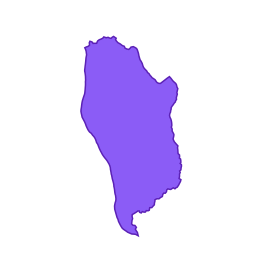 Tupirama, Tocantins, Brazil, rotated 143°
{"feature_id": "56859067B25409387280725", "entity_name": "Tupirama", "entity_type": "district", "adm_level": 2, "iso_a3": "BRA", "parent_name": "Brazil", "parent_adm1": "Tocantins", "projection": "orthographic", "projection_center": [-48.257, -8.94], "detail": "fine", "context": "isolated", "style": "filled", "palette": "violet", "viewbox_px": 256, "rotation_deg": 143, "n_neighbors": 0, "source": "geoboundaries", "source_scale": "gbopen_adm2", "svg_char_len": 3446}
<svg xmlns="http://www.w3.org/2000/svg" viewBox="0 0 256 256"><g transform="rotate(143 128 128)"><path d="M185.7,73.8L187.5,71.1L190.6,63.1L191.0,61.0L191.8,59.1L192.5,55.3L192.8,53.1L192.9,51.2L192.4,49.3L191.5,46.7L191.0,45.0L188.8,41.1L187.4,39.9L186.0,38.6L184.7,35.8L183.9,37.7L183.3,39.0L183.3,40.7L183.0,42.8L181.1,43.6L181.1,46.0L182.6,47.4L182.8,49.3L181.3,50.8L180.4,51.8L178.9,52.8L177.9,55.0L176.7,56.3L175.0,56.1L173.2,55.9L171.7,55.8L170.1,55.8L169.0,55.0L169.5,53.7L168.6,52.2L166.9,52.6L165.8,51.1L164.6,50.4L163.1,51.0L161.8,49.8L160.5,49.5L158.6,51.3L156.9,50.1L155.1,50.5L153.2,50.8L152.0,52.2L150.8,53.1L149.6,54.5L147.5,54.1L145.9,52.8L143.9,52.9L141.8,52.6L140.1,54.1L138.5,54.4L137.5,53.5L135.7,53.9L134.2,55.3L132.8,55.4L131.9,54.2L130.8,53.2L129.2,53.1L127.8,52.9L127.1,51.2L125.8,51.4L124.3,51.1L122.0,51.9L120.0,52.9L118.3,53.7L116.8,54.9L117.6,56.9L115.9,58.4L114.5,60.3L113.1,61.0L112.7,62.6L111.0,62.7L109.5,64.3L108.2,65.4L107.4,66.6L107.7,68.3L106.5,68.7L105.5,70.1L104.7,71.6L105.1,73.0L103.9,74.2L103.1,75.5L103.4,77.4L102.5,78.9L101.4,80.5L100.3,82.5L98.9,83.7L99.1,85.8L99.2,87.4L99.3,89.0L99.0,90.6L98.6,92.1L97.4,93.1L96.1,94.2L95.2,95.3L94.9,96.8L94.6,98.9L93.3,100.7L92.9,102.6L91.7,103.4L90.8,104.6L89.8,106.2L88.9,108.0L88.3,109.8L88.1,111.2L87.3,113.0L86.0,114.3L84.6,115.0L83.3,116.3L82.2,117.1L81.2,118.3L79.4,119.0L77.8,119.4L76.3,120.0L74.5,120.3L73.5,121.2L72.2,121.5L71.1,123.2L69.5,124.4L68.2,125.4L67.8,126.7L66.3,128.0L64.5,129.5L64.3,131.0L63.8,132.2L63.2,133.6L63.1,135.0L63.5,136.9L63.8,138.8L63.8,140.2L63.8,141.8L64.0,144.1L66.7,144.2L72.3,144.1L75.3,144.1L76.5,145.1L77.4,146.7L77.5,148.2L77.3,150.1L77.9,152.1L78.5,153.6L78.5,155.3L78.7,156.7L78.5,158.7L79.0,160.6L78.7,162.2L78.9,163.8L79.1,165.3L79.1,167.0L78.6,168.9L77.8,171.0L77.4,173.4L77.3,175.3L76.7,176.9L75.8,179.2L74.7,181.4L74.0,183.4L73.5,184.9L73.3,186.4L74.0,188.2L74.8,189.8L76.9,190.8L78.4,190.4L80.1,190.3L81.4,191.8L82.3,193.6L81.8,195.5L82.9,197.2L83.6,199.8L84.7,202.2L84.9,204.5L84.8,206.0L83.4,206.8L83.9,208.2L84.4,209.8L85.8,210.0L87.6,209.8L88.7,211.1L89.3,212.4L91.1,213.2L92.5,215.3L94.2,214.9L96.2,215.3L97.9,215.8L99.8,215.8L101.0,215.2L102.1,214.5L103.5,215.6L105.0,216.6L104.8,217.9L105.4,219.1L106.2,220.2L107.6,219.4L108.9,217.3L110.7,217.2L112.5,217.8L114.2,218.1L114.6,216.3L115.2,214.6L116.1,213.0L117.0,211.4L118.2,210.3L119.3,209.3L120.3,208.2L121.2,207.2L122.2,206.1L123.6,204.6L125.1,203.1L126.5,201.6L127.6,200.5L128.4,199.4L129.0,198.1L130.0,196.3L130.9,194.8L131.9,193.4L133.0,191.8L134.2,190.5L135.2,189.1L136.2,187.8L137.7,186.1L138.9,184.7L140.0,183.5L141.1,182.3L142.4,181.1L144.1,180.0L145.4,179.1L146.5,178.3L147.9,177.3L149.4,176.0L151.1,174.3L152.6,172.7L154.3,171.1L155.5,169.7L156.3,168.2L157.1,166.4L158.1,164.3L158.5,161.9L158.8,159.9L159.1,158.3L159.6,156.5L160.1,155.0L160.5,153.3L160.9,151.3L161.1,149.8L161.1,147.9L160.5,145.7L160.6,143.6L160.4,141.7L160.5,139.9L160.8,138.4L161.3,136.8L161.9,135.2L161.9,133.8L162.2,132.4L162.7,130.8L163.3,128.5L163.8,126.0L164.1,124.0L164.4,122.2L164.5,120.0L164.5,118.1L164.4,116.2L164.4,114.3L164.6,112.6L164.8,110.7L165.3,108.7L166.0,106.9L166.8,105.7L168.3,102.7L169.1,101.3L169.6,99.9L170.3,98.5L171.1,96.9L171.8,95.1L172.8,92.6L173.7,90.9L174.5,89.7L175.0,88.5L175.9,86.8L177.0,85.0L178.0,83.1L178.6,81.5L179.3,80.3L180.3,78.6L181.7,77.1L183.0,76.2L184.3,75.1L185.7,73.8Z" fill="#8b5cf6" stroke="#5b21b6" stroke-width="1.5"/></g></svg>